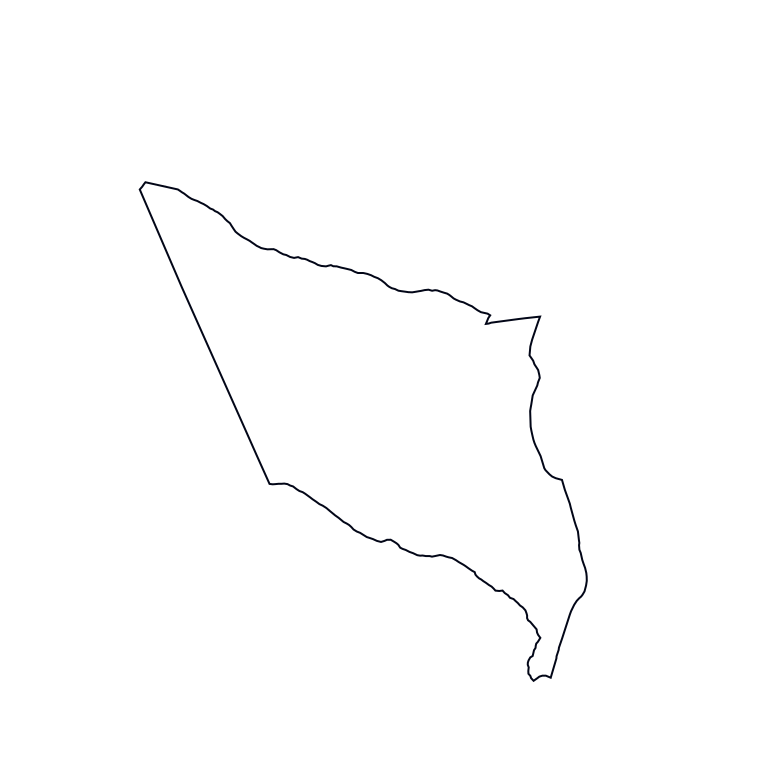 Batayporã, Mato Grosso do Sul, Brazil, rotated 308°
{"feature_id": "56859067B36337009194969", "entity_name": "Batayporã", "entity_type": "district", "adm_level": 2, "iso_a3": "BRA", "parent_name": "Brazil", "parent_adm1": "Mato Grosso do Sul", "projection": "mercator", "projection_center": [-53.175, -22.37], "detail": "fine", "context": "isolated", "style": "outline", "palette": "ink", "viewbox_px": 768, "rotation_deg": 308, "n_neighbors": 0, "source": "geoboundaries", "source_scale": "gbopen_adm2", "svg_char_len": 3798}
<svg xmlns="http://www.w3.org/2000/svg" viewBox="0 0 768 768"><g transform="rotate(308 384 384)"><path d="M533.2,465.5L522.9,454.9L517.6,449.6L498.3,430.7L496.1,429.3L494.1,427.3L496.7,426.6L500.2,425.6L503.5,425.4L503.2,422.3L500.3,416.2L499.7,412.3L499.5,408.7L499.4,405.5L498.6,402.6L498.1,400.1L497.3,396.4L495.8,393.0L494.7,388.6L494.3,386.2L494.4,383.1L494.4,380.7L494.1,378.1L492.9,375.1L491.5,371.3L490.6,368.5L489.4,366.5L487.1,364.5L485.7,361.0L483.0,358.2L480.1,355.8L478.4,354.2L476.3,352.3L473.6,349.8L471.4,346.7L469.7,343.7L468.0,340.8L466.4,337.9L465.6,334.2L464.3,331.2L463.8,328.4L463.7,326.1L464.1,322.5L464.1,318.1L463.6,314.0L462.4,310.2L461.8,307.0L460.5,303.1L458.8,299.5L457.0,297.1L455.4,295.1L454.4,291.9L453.7,288.0L452.0,284.2L450.7,281.4L449.3,278.5L447.6,274.3L445.6,271.6L445.0,269.0L443.3,267.6L441.0,265.9L438.5,262.0L437.1,258.5L436.7,255.2L436.0,252.5L435.1,249.7L434.6,246.9L433.8,244.6L432.1,241.9L431.1,238.2L428.0,235.5L426.3,231.8L425.5,227.6L424.2,224.8L423.4,220.5L423.1,216.7L422.3,214.0L420.5,211.8L418.4,209.3L416.7,206.1L415.5,203.5L415.1,201.3L414.5,198.6L414.4,195.8L414.2,192.7L414.1,190.0L413.6,186.9L413.0,183.8L412.6,180.5L412.5,175.9L412.6,173.2L413.6,170.0L414.9,166.2L415.9,163.6L415.9,160.2L416.2,157.2L417.0,153.5L417.0,150.1L416.9,147.1L416.2,144.4L416.2,141.9L415.3,139.0L415.2,134.9L414.7,131.0L414.0,128.2L413.3,124.3L412.3,121.4L411.4,118.3L411.0,114.7L411.0,109.2L410.7,106.9L410.6,104.6L410.4,101.8L396.1,71.8L393.5,71.8L390.6,72.0L386.9,71.8L335.9,164.9L262.8,302.5L249.2,328.0L234.8,355.3L236.4,358.0L238.2,360.0L240.3,362.2L242.1,364.5L244.1,366.7L245.7,369.6L246.2,372.5L247.3,375.4L247.3,379.8L247.6,383.2L248.7,386.5L249.0,389.4L249.1,392.8L249.2,395.6L249.2,398.6L249.5,403.1L249.6,407.1L250.4,410.6L250.8,414.9L250.6,419.4L250.4,426.3L250.6,430.6L250.5,434.1L250.4,437.1L251.1,440.6L251.4,443.3L251.2,446.2L250.6,449.6L251.0,453.4L252.0,456.8L252.5,461.7L252.8,464.7L253.6,466.8L255.0,470.8L256.0,475.0L257.7,478.9L260.7,481.0L263.1,482.3L265.4,485.2L265.9,488.9L266.2,491.9L266.1,494.3L265.0,497.5L265.5,500.1L266.6,503.3L267.4,507.5L268.6,511.1L269.6,515.6L271.0,518.2L272.6,520.0L274.1,522.8L276.5,525.9L277.5,528.1L279.9,530.2L283.7,533.4L285.2,536.1L286.2,539.1L287.2,541.6L288.8,544.8L289.5,549.3L289.7,552.5L290.5,558.0L290.7,560.4L290.8,563.9L291.1,568.5L291.6,571.3L290.1,573.4L289.6,575.7L289.4,578.6L289.8,581.0L289.8,583.6L290.1,586.9L290.2,590.5L290.6,593.5L290.3,596.3L289.8,599.0L291.8,602.2L294.2,604.6L293.6,607.9L293.9,611.7L293.1,614.9L294.3,618.5L294.0,621.1L293.8,624.3L293.2,627.5L293.4,630.8L292.7,634.8L291.1,637.4L289.7,639.3L287.6,640.9L286.5,643.0L286.6,645.7L285.7,650.0L284.6,655.3L282.4,657.6L281.2,659.9L280.2,663.5L275.5,664.0L273.2,663.8L271.2,664.7L269.3,665.9L266.6,666.1L263.6,667.5L261.2,668.6L258.6,667.6L255.2,668.1L253.0,668.9L251.2,670.2L249.8,672.5L246.7,674.4L244.6,676.2L244.1,679.0L242.8,681.0L242.2,684.6L246.4,685.9L249.1,686.6L251.7,688.4L253.8,691.1L255.2,696.2L273.9,688.8L275.7,687.6L282.1,685.3L283.9,684.2L293.2,681.0L316.7,672.4L320.1,671.3L327.1,669.8L331.8,669.4L335.3,669.7L337.9,670.2L340.1,670.2L344.0,669.7L349.6,667.3L353.7,665.0L357.0,662.3L359.6,659.8L362.8,655.8L365.1,652.1L367.4,648.6L372.0,643.0L373.7,640.0L377.1,636.9L379.0,635.8L381.1,633.6L387.2,627.6L390.8,622.0L393.5,618.1L401.7,607.1L404.1,604.1L406.7,600.0L412.0,591.6L418.0,583.3L415.5,577.3L414.6,573.5L414.7,570.0L415.5,564.4L416.3,562.2L423.6,551.8L428.7,541.5L430.3,538.7L432.2,535.9L435.5,531.8L438.1,528.7L440.6,525.9L452.7,515.8L455.6,514.2L458.3,512.8L466.6,508.2L477.2,505.7L480.0,504.4L484.7,503.0L486.6,501.0L489.9,496.9L491.0,493.8L492.1,490.5L494.2,487.2L496.1,481.1L503.7,476.2L510.0,473.5L525.9,467.9L527.9,467.2L533.2,465.5Z" fill="none" stroke="#020617" stroke-width="2"/></g></svg>